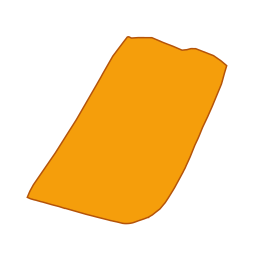 Reduit Park, Gros Islet, Saint Lucia (Natural Earth projection), rotated 196°
{"feature_id": "8701671B38188499976025", "entity_name": "Reduit Park", "entity_type": "district", "adm_level": 2, "iso_a3": "LCA", "parent_name": "Saint Lucia", "parent_adm1": "Gros Islet", "projection": "natural_earth1", "projection_center": [-60.956, 14.066], "detail": "fine", "context": "isolated", "style": "filled", "palette": "amber", "viewbox_px": 256, "rotation_deg": 196, "n_neighbors": 0, "source": "geoboundaries", "source_scale": "gbopen_adm2", "svg_char_len": 1209}
<svg xmlns="http://www.w3.org/2000/svg" viewBox="0 0 256 256"><g transform="rotate(196 128 128)"><path d="M83.6,47.1L83.4,48.3L80.6,51.2L78.5,54.2L75.8,58.0L77.9,55.0L75.0,59.0L72.7,64.2L71.7,66.4L69.9,72.2L67.6,80.4L66.7,83.8L64.5,93.7L62.9,101.0L62.7,102.3L62.1,105.0L61.6,108.7L61.0,112.6L60.3,117.4L59.0,130.0L57.9,136.7L57.5,139.6L56.5,149.0L56.1,151.5L55.6,154.4L54.5,161.2L53.9,165.6L53.0,172.1L50.3,195.9L50.3,199.7L50.4,207.7L50.3,215.1L56.9,218.1L65.6,221.1L84.7,222.9L89.3,221.7L93.0,219.5L97.5,217.7L105.9,218.8L117.9,219.9L129.9,221.4L143.1,217.7L149.5,215.4L152.4,215.9L153.7,215.3L155.9,209.8L162.4,192.9L167.3,172.9L168.0,169.7L170.0,161.5L180.0,121.5L185.0,104.6L186.5,99.4L191.0,84.0L203.3,47.3L204.9,40.2L205.7,33.6L202.2,33.1L198.0,33.1L197.2,33.2L191.2,33.2L190.0,33.3L179.7,33.3L172.8,33.5L166.6,33.3L166.0,33.5L163.8,33.5L159.5,33.5L152.7,33.5L150.6,33.5L144.4,33.5L137.8,33.7L133.3,33.8L124.3,34.1L121.5,34.2L120.8,34.2L119.3,34.2L118.6,34.3L116.9,34.4L115.2,34.5L112.5,34.7L109.3,34.8L106.7,34.9L105.0,35.2L103.8,35.5L102.5,35.9L100.8,36.5L99.4,37.1L97.3,38.2L95.1,39.7L92.7,41.5L87.2,45.3L85.1,46.9L83.8,47.8L83.6,47.1Z" fill="#f59e0b" stroke="#b45309" stroke-width="1.5"/></g></svg>